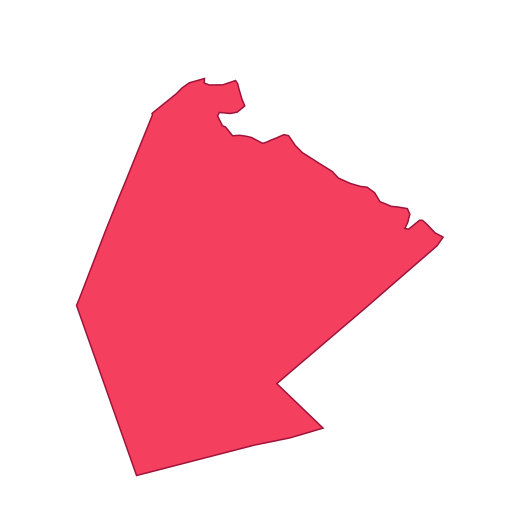 Bababe, Brakna, Mauritania (Mercator projection), rotated 166°
{"feature_id": "47542326B74593484893275", "entity_name": "Bababe", "entity_type": "district", "adm_level": 2, "iso_a3": "MRT", "parent_name": "Mauritania", "parent_adm1": "Brakna", "projection": "mercator", "projection_center": [-14.01, 16.466], "detail": "fine", "context": "isolated", "style": "filled", "palette": "rose", "viewbox_px": 512, "rotation_deg": 166, "n_neighbors": 0, "source": "geoboundaries", "source_scale": "gbopen_adm2", "svg_char_len": 997}
<svg xmlns="http://www.w3.org/2000/svg" viewBox="0 0 512 512"><g transform="rotate(166 256 256)"><path d="M232.6,72.8L266.7,127.1L243.6,138.7L160.2,180.2L127.9,196.7L77.9,222.1L69.9,229.0L76.7,235.2L83.3,246.8L86.1,250.5L88.7,251.1L101.5,245.1L104.9,246.7L100.6,251.9L98.5,255.9L96.6,259.2L97.7,265.4L107.1,269.5L112.6,271.4L122.6,278.8L125.6,288.7L131.6,295.9L137.9,298.3L147.1,303.7L157.3,311.8L161.5,319.5L172.0,330.3L180.0,338.8L186.1,345.2L191.2,353.8L193.8,361.0L195.3,364.9L199.6,367.0L207.6,365.6L213.1,364.9L218.5,363.9L222.3,363.7L231.7,372.1L236.6,374.6L242.7,377.1L249.6,378.3L254.4,388.6L257.1,390.6L259.4,401.3L256.7,404.1L246.5,400.5L239.5,400.1L230.6,404.3L231.7,411.8L232.1,421.4L232.1,427.6L233.4,431.2L246.9,430.1L260.1,433.3L264.4,436.4L263.0,440.7L278.7,440.2L287.0,437.0L294.3,432.6L322.3,419.6L322.5,417.7L364.3,360.3L374.3,346.8L396.4,316.2L438.4,256.4L442.1,251.5L425.0,71.9L303.2,72.9L266.7,71.3L232.6,72.8Z" fill="#f43f5e" stroke="#9f1239" stroke-width="1.5"/></g></svg>